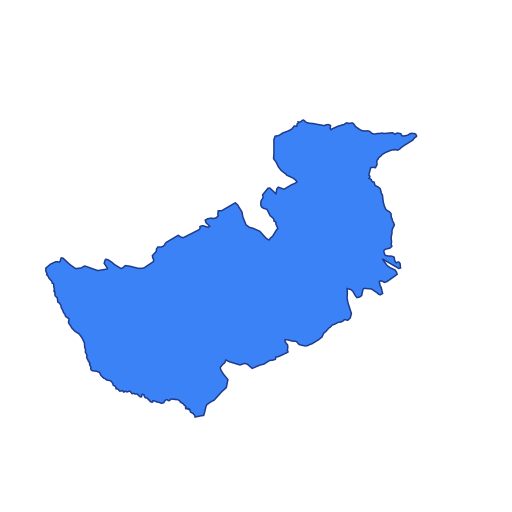 Sandoa, Katanga, Democratic Republic of the Congo, rotated 327°
{"feature_id": "63176286B26674316015082", "entity_name": "Sandoa", "entity_type": "district", "adm_level": 2, "iso_a3": "COD", "parent_name": "Democratic Republic of the Congo", "parent_adm1": "Katanga", "projection": "orthographic", "projection_center": [23.072, -9.383], "detail": "fine", "context": "isolated", "style": "filled", "palette": "blue", "viewbox_px": 512, "rotation_deg": 327, "n_neighbors": 0, "source": "geoboundaries", "source_scale": "gbopen_adm2", "svg_char_len": 6057}
<svg xmlns="http://www.w3.org/2000/svg" viewBox="0 0 512 512"><g transform="rotate(327 256 256)"><path d="M375.1,322.0L376.0,319.4L377.4,318.0L379.0,314.7L380.0,313.4L382.5,310.9L383.6,309.1L385.1,307.6L388.6,305.6L389.1,305.0L389.6,302.6L389.5,301.2L390.5,298.6L390.4,297.5L392.3,294.0L392.0,291.5L390.6,288.9L390.3,287.6L390.8,284.2L392.2,279.9L395.2,273.8L395.4,270.9L395.9,270.3L396.8,267.1L396.1,264.7L394.4,261.8L394.4,261.1L395.3,258.4L394.1,257.0L393.9,256.3L394.3,254.7L393.6,253.1L393.0,252.5L394.7,251.6L395.0,251.0L394.8,249.5L395.2,249.1L400.2,244.5L401.6,244.9L403.4,246.1L403.9,246.9L404.5,247.0L404.9,246.5L407.1,245.5L409.0,242.3L409.7,241.7L410.5,241.3L411.4,241.2L412.1,240.4L415.6,240.1L416.7,239.6L421.0,239.7L427.9,241.1L429.5,242.3L430.6,242.3L431.4,243.5L432.7,244.5L435.5,244.5L436.5,244.2L439.9,244.0L450.8,244.2L453.0,243.3L455.6,243.2L456.1,242.8L456.3,240.8L455.5,239.5L454.8,239.1L453.3,237.8L451.3,237.2L449.7,237.4L448.3,237.1L445.0,235.7L443.9,234.6L444.0,232.2L441.7,230.0L440.7,229.6L439.0,229.7L437.6,226.9L430.4,223.2L428.4,221.3L427.2,221.0L424.0,219.1L422.0,218.5L420.2,216.7L419.0,213.0L417.6,211.7L414.7,210.0L413.1,208.5L412.0,206.7L409.8,201.3L410.1,200.2L409.7,199.0L409.9,197.9L409.0,196.7L405.8,195.3L405.5,194.5L404.1,193.5L401.4,193.7L398.9,192.7L397.5,192.6L396.4,192.0L394.8,191.7L388.9,190.8L387.7,191.0L387.5,190.2L387.9,189.0L389.5,187.4L388.9,185.9L388.0,185.0L386.4,184.2L384.2,183.8L375.6,175.6L373.0,173.7L370.8,171.2L370.3,168.8L369.7,167.7L369.1,167.5L366.4,167.7L365.4,167.4L364.3,166.4L364.0,167.2L363.5,167.6L362.5,167.6L360.8,169.4L359.0,167.8L355.1,169.0L353.2,168.9L350.2,168.5L345.5,167.4L340.7,167.4L337.3,165.9L334.5,168.0L326.9,179.7L323.7,184.0L324.0,188.0L323.3,193.5L323.7,197.9L325.6,203.4L325.9,205.1L329.7,211.1L330.7,214.4L330.6,216.2L327.7,216.2L324.9,215.6L315.9,215.3L312.2,210.4L310.1,211.0L306.6,214.6L304.6,206.5L302.9,205.7L294.8,208.3L294.5,209.5L293.8,210.6L293.0,211.3L290.5,212.4L289.6,213.2L287.7,216.0L287.4,218.0L287.9,219.3L288.5,220.4L290.1,222.1L290.6,223.3L289.8,229.8L291.1,234.2L290.1,236.6L291.2,238.7L290.1,239.9L289.3,244.9L287.7,245.1L280.7,248.5L278.4,248.7L275.6,249.7L274.2,246.9L272.6,237.3L268.6,231.1L266.1,228.4L264.6,224.4L266.3,215.9L268.2,211.5L268.4,202.9L267.6,200.1L251.8,199.3L248.9,197.5L246.5,200.5L246.2,201.7L243.4,202.3L240.3,201.2L239.4,200.0L235.7,198.4L232.9,198.3L232.2,200.8L233.4,205.8L231.7,206.0L228.0,201.7L226.5,201.0L225.0,200.8L224.1,202.4L222.6,202.9L207.5,201.3L205.2,201.0L203.5,199.7L202.1,196.3L188.2,195.7L186.8,196.0L184.8,197.2L183.3,197.2L181.5,196.9L178.6,195.0L176.2,196.0L175.4,197.3L173.7,198.2L169.3,199.2L168.4,201.3L168.3,202.7L167.8,204.0L166.7,204.8L155.7,205.0L153.8,204.3L150.6,202.3L144.3,195.5L141.2,192.9L137.5,193.3L136.0,193.0L132.7,186.2L131.8,183.0L129.9,178.6L128.3,176.9L127.1,177.3L124.7,179.4L124.7,185.2L124.2,185.9L115.4,182.1L108.5,173.1L107.3,171.5L106.3,170.9L103.0,170.9L97.8,168.3L95.2,161.6L93.0,152.8L92.0,151.7L91.3,151.6L88.7,153.9L87.4,153.8L86.1,152.4L84.8,151.7L79.2,150.9L73.1,151.7L71.4,154.5L71.3,156.7L70.2,157.7L70.6,159.2L70.3,162.3L71.0,166.1L70.3,167.8L71.1,168.7L71.1,169.1L69.7,171.5L69.1,173.6L67.4,175.4L67.4,176.0L67.9,176.0L67.9,176.5L66.3,178.9L65.9,180.1L66.5,182.9L64.7,186.8L65.5,188.2L65.5,190.9L64.5,193.4L64.5,195.1L63.8,198.8L64.0,201.1L63.4,202.8L64.9,206.7L64.6,207.4L62.7,209.3L62.3,211.2L62.5,212.9L62.3,216.0L63.1,220.4L65.2,225.0L65.5,229.7L64.9,234.8L64.6,235.8L62.5,239.4L62.1,241.6L60.5,243.7L60.3,247.1L59.1,248.3L58.5,249.7L58.5,251.7L58.1,252.6L58.5,253.6L58.0,254.8L58.3,255.5L57.7,255.8L57.3,256.6L56.9,259.6L56.1,260.3L55.7,261.6L56.2,263.0L59.7,266.0L60.3,267.1L61.4,268.3L60.9,271.6L61.7,275.4L62.7,276.9L63.2,278.7L65.8,281.1L66.3,282.2L66.5,284.5L65.9,286.7L67.0,288.7L67.1,289.3L66.3,291.2L67.5,292.0L68.2,295.2L70.9,296.4L70.8,297.7L71.1,298.2L72.6,298.2L73.9,299.8L76.2,300.4L76.7,300.9L77.0,303.8L77.4,304.2L78.6,304.6L79.6,306.1L81.0,306.8L82.2,311.1L82.8,311.6L83.4,311.7L84.8,310.1L85.3,310.1L86.4,311.3L85.8,313.7L86.2,314.9L87.5,316.1L87.5,317.9L88.0,318.6L88.0,320.5L89.0,321.8L89.7,322.2L90.6,321.3L91.1,321.4L92.2,322.5L93.4,324.5L95.0,325.9L96.4,328.0L98.7,328.8L101.5,327.5L102.4,327.7L103.3,328.2L103.7,329.5L104.2,329.9L105.1,330.1L106.2,329.7L107.0,329.8L109.5,331.8L110.2,332.0L110.5,332.8L111.6,333.3L112.4,334.3L113.2,336.1L113.0,337.3L114.5,340.4L114.6,342.0L115.2,344.0L115.1,344.6L114.1,345.0L114.0,346.0L115.5,346.6L115.5,347.6L115.7,347.8L116.5,347.6L116.8,348.5L116.9,349.1L116.3,349.7L116.4,350.7L116.1,351.3L117.4,353.7L117.8,356.0L117.2,357.9L123.2,360.2L124.8,361.1L125.7,361.0L132.1,355.0L133.7,353.9L139.1,353.7L142.4,354.1L153.2,351.2L159.4,350.2L165.1,344.4L164.3,336.8L164.5,331.9L165.5,329.9L169.4,328.7L171.4,328.6L174.1,326.8L176.0,330.1L182.9,338.3L184.2,339.0L187.6,339.7L189.7,341.7L191.6,348.2L199.9,349.6L203.7,351.0L210.5,351.0L213.0,352.4L216.0,353.2L217.6,351.5L219.0,352.3L221.6,352.9L230.4,354.0L231.0,353.1L230.9,352.0L232.4,350.7L234.0,348.0L233.7,343.8L234.8,342.0L237.1,343.7L239.9,347.0L242.9,349.2L243.5,350.4L243.8,353.2L244.4,354.3L247.6,357.6L248.7,358.5L250.6,359.3L253.2,359.5L254.8,360.1L262.8,360.3L267.2,359.9L270.1,358.0L271.2,357.5L273.3,357.4L277.8,356.1L279.6,356.1L282.1,355.4L284.6,356.0L289.3,356.5L291.4,357.7L294.1,357.9L295.2,357.5L296.0,357.9L298.0,359.9L301.3,359.3L304.7,356.2L307.6,345.5L309.5,340.8L312.1,337.4L314.7,332.9L317.4,336.0L318.0,338.3L317.7,343.6L318.0,345.9L320.6,346.9L323.1,346.7L327.2,342.6L328.1,342.0L329.1,342.1L334.4,346.1L335.2,347.3L337.6,353.1L338.0,354.9L339.2,356.3L341.8,356.4L343.8,350.7L344.0,348.4L345.5,344.5L347.0,344.7L348.5,346.4L349.4,348.2L352.1,348.8L364.3,348.3L365.1,346.1L364.9,343.2L362.2,339.1L360.7,335.3L360.4,327.3L369.0,344.3L370.7,344.8L372.7,340.9L372.7,339.4L372.4,338.8L371.7,338.3L370.1,338.1L369.6,337.5L369.9,335.2L371.2,332.2L369.8,330.1L366.6,327.8L364.9,326.0L364.7,325.4L365.6,321.9L366.2,321.2L367.1,320.8L368.6,320.9L372.5,322.3L375.1,322.0Z" fill="#3b82f6" stroke="#1e3a8a" stroke-width="1.5"/></g></svg>